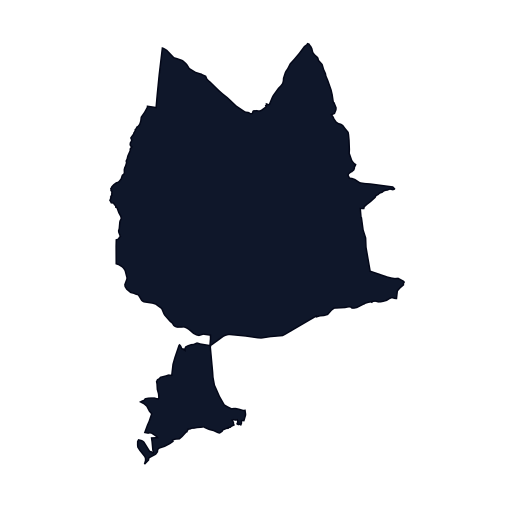 outline of Olcea, Bihor, Romania, rotated 94°
{"feature_id": "2599482B34496276641764", "entity_name": "Olcea", "entity_type": "district", "adm_level": 2, "iso_a3": "ROU", "parent_name": "Romania", "parent_adm1": "Bihor", "projection": "mercator", "projection_center": [21.974, 46.668], "detail": "fine", "context": "isolated", "style": "filled", "palette": "ink", "viewbox_px": 512, "rotation_deg": 94, "n_neighbors": 0, "source": "geoboundaries", "source_scale": "gbopen_adm2", "svg_char_len": 6097}
<svg xmlns="http://www.w3.org/2000/svg" viewBox="0 0 512 512"><g transform="rotate(94 256 256)"><path d="M471.4,352.7L467.0,349.0L465.9,349.0L464.7,348.6L460.7,342.3L458.2,340.7L456.0,340.6L455.0,339.9L454.3,339.1L452.2,333.9L449.2,329.0L446.7,325.9L445.5,326.5L444.9,325.4L444.2,323.4L443.7,319.7L441.2,317.2L436.4,313.4L436.3,312.8L433.5,311.6L433.1,309.7L432.4,308.4L432.1,307.2L432.0,305.8L431.2,302.9L430.6,298.7L430.1,296.5L430.2,295.8L430.7,295.0L431.9,291.7L432.3,290.4L433.1,286.0L434.6,282.2L435.1,280.2L434.8,279.6L433.2,277.6L431.8,277.0L429.7,272.8L429.9,272.1L429.7,271.7L429.0,271.7L428.9,271.3L429.0,271.1L428.5,269.5L427.9,269.3L426.1,266.2L424.6,266.9L423.6,266.9L421.4,268.4L420.8,266.9L421.1,265.0L420.6,263.3L423.2,262.4L424.3,263.2L424.9,263.1L425.4,261.8L424.9,261.0L425.5,259.4L424.1,258.9L421.1,259.0L421.1,256.6L415.6,255.4L414.5,255.4L410.7,256.2L410.9,256.9L411.0,258.2L410.1,262.2L409.6,265.6L409.7,267.4L410.2,269.8L408.4,274.1L407.0,276.9L406.7,277.4L398.6,282.8L391.3,286.6L387.8,288.5L380.0,290.5L374.8,291.2L349.7,295.3L348.4,294.8L347.9,295.0L347.4,293.8L338.3,283.0L337.2,281.0L336.3,278.5L336.1,276.7L336.5,260.8L337.4,248.7L337.4,246.0L337.3,244.6L335.4,236.2L333.5,224.0L332.1,221.7L311.7,191.8L312.5,191.5L311.2,188.1L310.6,184.1L309.3,180.5L304.7,177.0L302.5,174.4L301.2,163.7L300.3,160.6L300.1,158.9L300.4,157.5L301.2,156.7L301.1,154.6L300.3,151.8L296.5,145.5L296.3,144.8L295.5,143.9L294.3,140.7L293.6,137.9L294.0,137.5L294.1,137.2L293.2,136.6L292.7,134.3L292.7,133.2L293.2,130.9L293.0,128.6L292.3,126.0L291.1,122.6L289.3,120.2L288.4,118.6L288.0,117.4L288.6,114.4L288.6,112.9L281.2,112.6L280.4,112.2L277.8,110.2L274.5,106.9L272.9,107.1L272.5,107.0L272.3,106.6L271.7,106.4L270.9,107.2L268.4,112.7L268.9,115.9L268.6,119.3L267.8,123.9L263.2,141.1L239.6,146.9L230.4,147.9L222.6,151.0L210.5,153.5L209.8,154.0L201.3,155.3L201.1,151.8L199.3,151.5L196.5,148.8L193.6,145.5L189.2,141.3L187.4,140.6L186.1,138.5L184.7,137.2L183.5,134.5L182.6,133.7L181.8,132.4L181.2,130.7L181.1,129.8L179.9,127.3L179.9,126.5L180.3,124.1L179.6,122.6L179.3,122.5L177.6,124.4L176.2,146.8L176.2,152.4L175.9,156.3L175.7,157.5L175.4,158.2L172.8,162.8L172.0,165.7L171.9,168.1L171.6,168.4L170.4,169.0L169.3,169.8L167.7,169.5L166.9,168.8L165.7,167.4L165.0,166.1L164.4,166.0L164.2,165.4L163.3,164.5L161.5,164.0L159.7,164.0L159.6,163.9L159.4,163.5L159.1,163.3L157.8,163.0L157.1,164.4L155.9,165.7L154.1,167.2L147.1,170.2L143.3,170.3L134.0,171.3L128.5,172.2L126.2,172.8L122.5,176.3L119.8,178.6L118.7,180.6L118.2,183.1L116.9,185.4L113.7,188.0L112.3,188.6L109.8,190.6L108.3,187.7L104.6,186.5L102.6,186.5L97.7,188.9L97.7,189.3L96.6,189.8L89.8,191.3L85.2,192.7L75.7,196.8L71.6,198.9L69.2,199.5L65.3,201.6L60.7,203.3L60.2,203.6L56.5,207.4L54.6,208.0L53.7,208.5L51.4,211.5L49.6,213.2L48.5,213.8L45.3,214.8L43.1,216.1L42.4,216.9L40.9,218.0L40.6,219.4L41.7,219.9L43.7,222.3L50.9,226.9L57.1,231.4L61.9,235.2L66.9,237.3L69.6,238.9L71.1,239.5L76.7,240.9L79.6,240.9L82.1,241.4L84.7,243.1L87.1,245.2L94.7,249.9L96.5,250.7L103.9,253.2L104.3,254.7L103.8,255.3L103.6,256.1L104.4,255.9L105.2,256.8L106.2,256.2L107.3,257.2L110.3,260.7L111.0,262.1L111.2,263.2L111.2,264.1L111.0,265.5L111.2,266.3L111.3,267.7L111.5,268.7L112.0,269.1L113.4,269.3L114.0,269.6L114.2,269.9L114.5,271.6L113.6,273.1L113.4,273.8L113.3,276.2L113.0,277.3L107.9,286.2L100.1,295.7L96.4,301.1L93.6,304.7L85.7,314.0L84.7,315.5L83.0,317.4L80.2,318.8L78.9,322.5L78.4,323.3L78.2,324.5L77.1,329.2L74.0,335.1L73.6,335.8L70.1,338.3L69.0,339.4L66.7,342.3L66.0,343.7L64.6,348.9L64.1,351.4L63.8,352.0L57.1,359.4L56.4,360.7L55.4,362.8L55.1,363.9L82.1,365.2L102.9,365.8L114.9,366.0L114.2,374.7L115.3,374.7L120.5,377.1L125.5,380.1L129.2,380.3L131.1,380.7L132.8,381.2L135.1,382.7L135.5,383.6L137.7,384.6L138.4,385.3L139.2,385.2L140.2,385.5L141.8,386.4L142.8,386.5L146.8,389.0L147.8,388.8L148.0,388.3L148.9,388.0L150.9,388.5L151.2,388.9L151.6,389.1L153.3,389.3L154.4,389.0L155.2,388.4L155.7,387.4L156.1,387.5L157.4,388.7L158.1,388.9L159.7,388.8L165.2,390.8L168.3,391.3L170.3,392.1L172.0,391.6L175.4,392.4L177.1,393.1L179.2,393.4L182.3,393.1L183.3,393.4L184.2,394.1L184.6,394.8L185.8,395.2L188.4,395.8L190.4,397.1L192.0,398.4L192.8,400.5L194.8,402.8L197.0,404.6L198.0,404.9L198.9,405.5L199.4,405.3L200.9,405.2L201.5,404.3L203.5,404.1L204.1,404.3L205.4,403.9L205.8,404.5L206.6,404.7L207.3,405.1L207.9,404.7L210.7,405.6L211.3,405.1L213.0,404.1L213.1,401.8L214.0,401.1L214.5,400.9L215.6,399.5L217.2,399.2L217.5,398.0L222.4,395.8L225.7,393.7L227.4,393.1L228.5,393.1L230.5,394.0L231.8,394.2L238.1,394.3L240.5,394.8L241.9,394.5L246.0,392.6L247.0,393.6L247.8,393.9L249.0,394.8L249.6,396.5L256.1,396.2L273.5,394.9L274.2,392.2L276.2,388.5L277.5,387.1L279.6,385.5L286.8,383.1L288.2,383.2L293.7,384.8L295.6,384.4L298.1,382.6L301.1,378.5L301.7,375.1L302.3,373.6L302.7,371.8L302.7,371.2L303.3,370.4L305.2,369.0L308.1,367.0L308.8,366.1L309.5,364.6L310.2,355.8L311.0,352.5L312.1,350.9L314.5,347.0L315.4,346.1L320.0,343.8L321.3,342.9L327.1,337.1L328.8,334.7L330.8,333.3L331.5,332.4L332.2,330.7L332.4,329.3L332.0,324.8L331.7,323.1L332.0,321.7L332.6,320.1L333.7,318.0L337.5,312.9L338.8,309.8L339.2,307.4L337.6,303.2L338.1,295.9L341.7,295.6L348.6,295.7L347.7,305.5L347.0,308.3L347.1,309.1L348.7,312.1L348.9,313.9L349.2,314.9L350.4,317.7L351.7,319.8L353.8,320.5L355.2,320.2L354.8,321.1L353.9,321.7L353.8,323.3L353.5,323.7L351.3,324.8L350.0,326.0L350.5,326.5L363.1,329.8L369.8,331.2L381.0,331.7L380.9,335.0L381.9,337.3L383.7,342.8L385.3,344.0L386.3,345.6L388.3,346.4L390.5,345.8L396.0,345.1L400.2,343.6L404.0,343.0L405.3,343.4L405.4,344.8L404.8,347.5L405.0,350.3L405.4,353.5L406.2,356.5L407.9,357.6L408.6,359.4L409.6,361.0L411.2,357.3L413.4,354.4L418.3,351.4L420.7,349.0L428.4,351.0L432.2,352.4L439.8,354.6L440.2,351.2L439.8,350.0L439.8,348.0L441.8,344.4L443.4,342.0L444.1,341.5L444.8,347.5L448.5,346.7L456.5,345.4L459.3,344.6L459.8,344.9L459.8,345.5L458.5,347.0L458.5,348.4L449.5,354.9L448.8,355.9L448.2,357.1L447.6,360.3L449.3,361.1L452.8,360.9L454.9,360.5L457.9,358.3L463.8,352.9L465.5,352.1L467.8,351.9L471.4,352.7Z" fill="#0f172a" stroke="#020617" stroke-width="1.5"/></g></svg>